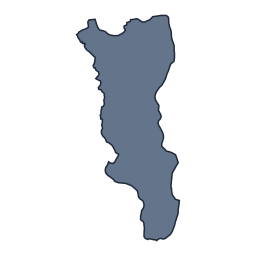 Lawas, Sarawak, Malaysia
{"feature_id": "92858781B12558233193799", "entity_name": "Lawas", "entity_type": "district", "adm_level": 2, "iso_a3": "MYS", "parent_name": "Malaysia", "parent_adm1": "Sarawak", "projection": "robinson", "projection_center": [115.436, 4.467], "detail": "fine", "context": "isolated", "style": "filled", "palette": "slate", "viewbox_px": 256, "rotation_deg": 0, "n_neighbors": 0, "source": "geoboundaries", "source_scale": "gbopen_adm2", "svg_char_len": 3017}
<svg xmlns="http://www.w3.org/2000/svg" viewBox="0 0 256 256"><path d="M156.1,240.0L156.6,240.6L158.6,239.0L160.5,238.3L162.3,238.9L163.8,238.9L165.5,238.4L166.8,237.3L168.3,236.0L169.7,235.1L170.8,233.8L172.3,231.3L174.6,225.3L175.2,222.4L176.4,218.8L176.6,218.0L178.1,213.4L178.1,211.6L178.3,208.6L178.7,206.4L179.4,200.5L175.4,199.3L174.0,197.1L172.9,195.8L172.0,193.7L171.6,190.5L171.5,188.4L170.8,185.9L171.2,184.0L171.3,181.8L171.8,177.4L172.1,173.9L172.9,171.7L174.4,169.3L176.0,166.3L178.2,162.8L176.5,157.3L175.5,154.7L172.1,152.8L169.2,151.7L166.6,151.2L165.4,150.0L164.3,148.7L161.7,146.3L161.7,143.6L162.6,141.2L163.5,137.9L163.4,135.4L162.7,132.7L160.1,127.6L158.7,125.3L157.9,122.9L158.8,120.5L160.2,119.0L161.0,117.5L161.1,115.7L160.2,113.7L158.4,110.2L158.8,107.5L158.8,105.2L157.5,103.3L155.5,99.9L154.9,96.6L155.7,93.2L157.6,90.0L159.6,87.3L161.7,85.4L165.0,79.8L166.2,76.5L167.0,73.8L168.3,71.0L169.8,66.4L170.7,64.1L172.6,62.5L174.0,61.2L174.5,57.5L174.5,53.3L174.1,49.8L174.1,45.6L171.7,38.5L171.4,35.7L171.3,32.5L170.8,29.9L169.6,26.9L168.7,22.1L168.7,20.4L168.6,18.2L167.9,16.6L166.1,15.4L161.4,15.4L152.7,16.7L150.1,19.5L147.1,21.0L144.7,21.9L142.3,22.0L137.4,18.8L135.5,18.9L133.7,19.4L130.7,19.6L130.1,21.4L128.6,22.0L126.9,22.5L126.6,25.0L125.3,25.4L124.0,26.3L124.1,28.1L125.4,30.3L124.1,32.0L122.1,33.5L118.1,35.6L114.3,35.7L110.0,35.0L107.8,33.9L105.5,31.7L102.2,30.5L99.7,30.1L98.2,28.2L96.7,24.8L95.1,19.3L89.1,19.9L87.8,21.9L88.5,27.1L85.4,29.1L83.0,29.7L79.0,32.0L78.1,33.5L76.6,34.7L77.7,36.3L78.0,37.7L79.7,39.9L80.3,41.6L81.5,42.6L82.4,41.9L82.6,43.2L83.2,43.7L84.6,43.3L85.3,44.1L84.5,45.0L84.5,46.5L85.3,48.1L86.5,49.7L89.6,52.1L94.0,56.5L95.3,57.4L95.0,59.2L94.4,63.1L93.1,65.7L94.0,67.9L95.3,67.9L95.8,70.0L97.3,71.2L98.6,72.2L99.1,74.4L98.2,75.8L97.0,77.0L95.8,78.6L97.1,79.4L100.3,80.9L100.9,83.0L100.2,85.2L98.3,87.6L98.7,89.4L101.1,89.7L102.0,91.7L103.2,92.4L104.2,93.6L104.3,96.0L104.7,97.1L103.8,100.5L104.3,102.8L104.1,105.0L103.2,106.4L101.7,107.0L101.6,108.6L101.1,110.4L101.0,111.7L101.0,113.9L100.2,115.2L100.6,116.9L100.8,119.0L101.4,118.9L102.5,119.6L102.3,121.3L102.3,122.8L101.7,124.8L101.7,125.6L102.5,127.2L102.4,128.7L101.4,130.7L101.5,133.6L102.8,136.0L104.2,137.5L105.5,139.0L106.5,141.9L109.0,142.9L111.9,145.2L112.9,146.6L113.8,148.3L115.0,150.6L115.7,152.6L117.4,153.6L118.6,154.1L118.3,155.8L117.1,157.6L116.2,159.2L115.4,160.6L114.7,162.3L112.6,163.5L109.4,162.7L108.8,161.8L108.6,161.7L107.9,163.8L107.2,165.5L106.0,167.0L105.3,169.2L105.3,171.1L105.8,173.1L107.7,175.3L110.0,176.8L113.5,179.5L114.9,181.4L118.3,182.7L121.9,183.0L125.6,183.4L128.6,184.5L131.5,185.7L135.0,188.6L137.3,190.8L138.1,193.9L138.5,197.0L140.2,199.1L142.7,200.6L143.7,202.9L144.1,205.3L143.4,208.2L141.8,210.2L140.7,216.0L140.5,218.6L140.9,220.0L143.2,221.5L143.8,223.0L144.4,228.4L144.2,230.6L144.1,232.5L144.0,236.5L145.3,238.4L147.8,239.5L148.1,239.1L148.3,238.9L150.4,238.9L152.1,239.4L154.5,239.8L156.1,240.0Z" fill="#64748b" stroke="#1e293b" stroke-width="1.5"/></svg>